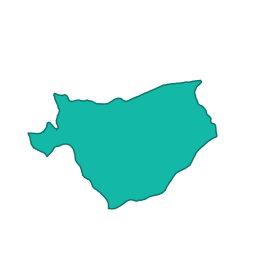 Palencia, Guatemala, rotated 322°
{"feature_id": "79465075B84749841265640", "entity_name": "Palencia", "entity_type": "district", "adm_level": 2, "iso_a3": "GTM", "parent_name": "Guatemala", "parent_adm1": "", "projection": "albers", "projection_center": [-90.328, 14.679], "detail": "fine", "context": "isolated", "style": "filled", "palette": "teal", "viewbox_px": 256, "rotation_deg": 322, "n_neighbors": 0, "source": "geoboundaries", "source_scale": "gbopen_adm2", "svg_char_len": 2559}
<svg xmlns="http://www.w3.org/2000/svg" viewBox="0 0 256 256"><g transform="rotate(322 128 128)"><path d="M63.1,179.4L65.3,181.5L68.1,183.4L71.5,184.2L76.2,184.7L77.1,184.7L82.4,184.9L83.0,185.1L85.7,185.9L87.7,188.0L89.0,190.0L90.2,191.1L92.4,191.7L94.0,193.1L96.5,194.0L97.1,194.5L103.4,195.5L109.6,198.5L112.1,199.5L115.3,200.3L119.0,199.9L123.3,197.8L126.2,196.9L126.5,196.6L129.2,196.0L133.5,194.3L136.7,193.5L137.9,193.2L141.6,193.5L144.4,194.3L146.1,194.4L147.6,195.0L151.1,195.2L154.4,195.3L155.4,194.7L156.4,194.2L157.1,193.9L158.0,193.5L161.6,191.8L165.0,190.3L165.7,189.6L171.3,188.6L176.9,188.2L182.2,187.8L188.5,188.3L192.5,189.4L193.4,188.6L193.9,187.5L195.4,184.5L196.8,182.7L197.9,181.0L198.6,179.1L198.5,178.0L197.0,175.9L197.0,174.0L197.4,173.5L197.7,173.0L198.3,172.5L199.0,171.9L199.4,170.5L199.1,167.7L198.6,167.0L198.8,164.8L199.9,162.9L200.3,160.7L200.0,156.7L198.4,153.7L198.2,151.8L198.9,150.1L200.2,145.4L201.2,143.8L201.4,142.4L203.0,140.3L207.4,137.8L209.2,137.5L210.9,137.6L214.3,137.0L214.5,135.2L207.1,130.7L206.6,130.7L203.6,129.0L201.7,127.3L199.0,126.2L198.6,125.6L198.0,125.6L193.2,122.3L192.5,122.2L191.8,121.5L185.8,117.9L185.4,118.0L183.3,116.8L182.8,116.2L164.1,111.5L163.6,111.2L154.6,109.2L154.1,108.8L151.1,108.2L150.6,107.8L146.0,107.0L142.8,105.9L141.0,103.0L140.6,100.4L138.3,98.3L134.7,97.1L131.2,96.9L127.0,96.4L123.5,94.1L120.5,91.5L118.4,89.8L117.3,87.8L115.9,84.6L113.6,82.2L113.1,80.9L112.5,80.7L111.0,80.2L110.0,79.7L108.1,78.0L106.9,76.2L105.5,75.0L100.9,73.1L98.5,70.9L98.8,68.6L98.9,67.9L99.4,67.3L99.6,65.2L99.6,64.5L98.9,63.5L98.1,62.6L96.7,62.3L96.1,61.6L94.5,60.3L93.3,58.9L91.7,55.7L90.8,55.7L89.7,56.6L89.3,58.4L88.2,60.5L86.5,67.4L85.4,69.3L85.1,71.6L84.3,72.8L83.9,72.8L82.2,74.1L79.9,75.0L79.1,75.9L78.4,76.4L76.3,77.8L75.7,78.8L74.7,80.1L73.9,83.8L73.5,84.3L72.4,85.2L70.9,85.2L71.2,84.8L70.1,83.0L69.7,75.5L69.1,74.8L67.5,74.4L64.1,77.4L59.6,78.7L55.9,78.4L52.8,76.5L51.5,75.2L46.3,70.7L45.6,71.9L45.1,74.9L44.0,76.6L42.6,80.1L41.9,80.7L41.5,85.6L42.1,86.4L42.3,87.6L42.9,88.3L43.2,89.6L44.4,91.4L44.5,92.3L45.8,94.3L46.7,96.1L46.9,97.3L46.7,100.6L53.6,99.6L58.4,97.9L60.8,98.7L61.5,99.3L66.7,100.8L69.0,102.2L70.8,104.2L71.9,106.6L72.1,110.6L70.8,114.0L69.7,116.5L66.9,120.9L66.5,123.9L66.7,128.9L65.3,133.0L64.8,133.8L63.7,136.7L63.3,137.2L63.5,140.1L64.8,143.6L65.2,143.8L65.6,145.2L65.7,148.0L65.4,148.3L64.2,152.3L64.5,155.7L65.4,157.2L65.8,160.2L66.3,160.8L67.0,167.1L67.1,171.6L66.4,175.0L65.6,176.1L64.5,177.6L63.1,179.4Z" fill="#14b8a6" stroke="#0f766e" stroke-width="1.5"/></g></svg>